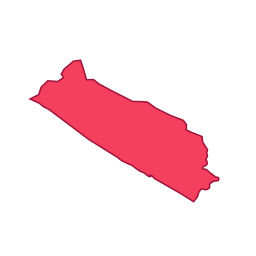 the Autonomous Province of Vatovavy-Fitovinany, rotated 108°
{"feature_id": "MDG-5882", "entity_name": "Vatovavy-Fitovinany", "entity_type": "Autonomous Province", "adm_level": 1, "iso_a3": "MDG", "parent_name": "Madagascar", "parent_adm1": "", "projection": "equal_earth", "projection_center": [48.052, -21.409], "detail": "fine", "context": "isolated", "style": "filled", "palette": "rose", "viewbox_px": 256, "rotation_deg": 108, "n_neighbors": 0, "source": "natural_earth", "source_scale": "10m", "svg_char_len": 1830}
<svg xmlns="http://www.w3.org/2000/svg" viewBox="0 0 256 256"><g transform="rotate(108 128 128)"><path d="M177.8,42.9L174.3,56.5L167.9,87.2L167.2,88.5L166.3,89.9L165.8,91.2L166.1,92.4L166.9,91.4L167.4,91.7L167.6,92.8L167.4,94.2L167.0,95.5L165.9,98.0L165.6,99.5L165.4,102.5L164.8,105.4L162.5,112.3L162.2,113.5L162.1,116.1L161.1,123.5L160.1,126.6L159.2,128.7L151.1,161.6L142.9,185.3L134.8,209.0L133.9,214.7L131.8,220.4L130.7,230.2L123.9,223.2L115.9,223.2L107.9,218.9L105.5,209.2L99.9,204.9L97.4,208.1L91.8,207.0L81.4,200.6L78.2,194.1L85.4,188.8L95.0,182.3L92.6,175.8L95.0,169.4L97.4,156.4L101.3,131.6L98.9,124.1L97.3,117.6L100.5,107.9L102.9,91.7L103.7,77.6L106.9,73.3L111.7,72.2L112.5,66.8L113.3,54.9L118.2,52.7L124.1,45.6L124.5,45.7L124.9,45.7L125.6,45.5L127.3,45.4L127.7,45.3L128.0,45.2L129.2,44.2L129.5,44.0L129.9,43.9L130.3,43.8L130.7,43.7L131.5,43.9L132.3,44.1L132.8,44.1L133.2,44.1L133.6,44.1L134.0,44.0L134.3,43.7L135.0,42.9L135.9,42.2L136.2,42.0L137.0,41.8L137.8,41.7L138.4,41.7L138.7,41.8L139.9,42.7L141.1,44.0L141.8,44.5L142.4,44.8L142.8,44.8L143.1,44.7L143.4,44.5L143.7,44.2L143.8,43.8L143.8,43.4L143.3,42.2L143.2,41.7L143.2,41.2L143.3,40.7L143.5,39.8L145.5,35.7L145.6,35.3L145.6,34.7L145.9,33.8L146.0,33.4L146.7,32.4L146.8,32.0L146.9,31.1L147.1,30.6L147.3,30.3L147.7,29.7L147.7,29.3L147.6,28.9L147.3,28.2L147.2,27.8L147.2,27.3L147.3,26.9L147.5,26.6L147.7,26.3L148.0,26.1L148.4,25.9L148.8,25.8L149.4,25.8L149.8,25.9L150.1,26.1L150.4,26.4L150.6,26.7L151.9,29.8L152.2,30.1L153.3,31.2L154.7,32.2L155.5,32.6L156.2,32.9L156.6,32.8L157.0,32.8L159.0,32.1L159.7,32.0L160.1,32.2L160.5,32.5L160.9,32.9L162.0,33.9L162.3,34.3L162.5,34.6L162.8,35.5L162.9,35.9L162.9,37.1L162.8,37.6L162.9,38.2L163.1,38.8L163.7,39.6L164.2,39.9L167.4,40.8L172.0,40.7L177.3,42.6L177.8,42.9Z" fill="#f43f5e" stroke="#9f1239" stroke-width="1.5"/></g></svg>